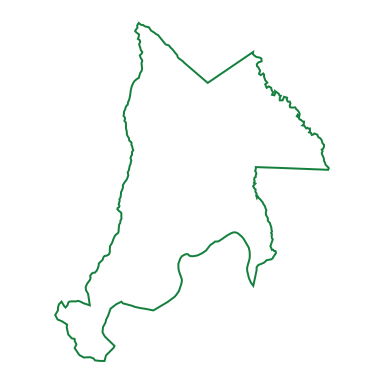 Barreiras do Piauí, Piauí, Brazil
{"feature_id": "56859067B34709570800353", "entity_name": "Barreiras do Piauí", "entity_type": "district", "adm_level": 2, "iso_a3": "BRA", "parent_name": "Brazil", "parent_adm1": "Piauí", "projection": "natural_earth1", "projection_center": [-45.701, -10.026], "detail": "fine", "context": "isolated", "style": "outline", "palette": "green", "viewbox_px": 384, "rotation_deg": 0, "n_neighbors": 0, "source": "geoboundaries", "source_scale": "gbopen_adm2", "svg_char_len": 5035}
<svg xmlns="http://www.w3.org/2000/svg" viewBox="0 0 384 384"><path d="M183.2,255.5L184.3,254.8L186.1,254.1L188.0,254.3L189.5,255.8L191.5,256.2L193.3,256.2L195.0,255.9L197.2,255.5L199.5,254.5L202.1,253.2L206.0,250.6L210.0,245.4L211.0,244.5L213.8,242.7L215.0,241.6L217.2,241.5L218.7,241.2L222.7,238.6L226.9,235.6L231.0,233.3L233.3,232.4L235.8,232.4L238.0,233.4L241.9,236.7L243.8,239.1L248.8,247.7L249.6,251.3L249.8,255.0L249.7,257.7L249.1,260.7L248.1,263.8L247.1,267.9L247.2,270.9L248.9,278.0L250.9,282.6L253.3,285.8L256.6,270.2L256.6,267.3L257.5,266.0L258.4,264.9L260.7,264.1L263.7,262.8L265.2,261.7L266.4,260.3L268.5,259.8L271.1,259.4L272.5,258.5L273.3,257.0L274.4,255.4L276.0,253.0L275.5,251.1L274.2,251.0L273.2,249.7L271.9,249.9L271.4,248.4L270.4,246.2L272.1,241.3L272.8,239.4L271.9,238.2L271.6,235.9L272.0,234.5L271.1,232.9L272.0,231.6L271.6,230.2L271.4,228.4L271.2,226.9L270.3,224.6L269.9,222.9L268.7,221.8L267.8,220.7L267.9,218.3L267.0,216.7L266.0,214.9L265.8,212.2L266.4,210.3L265.7,208.8L264.8,205.9L263.6,204.4L262.7,202.4L261.8,201.3L260.1,199.2L259.1,198.4L257.8,196.5L257.0,197.9L256.2,195.6L256.6,193.6L255.4,191.7L255.6,189.4L254.3,188.4L253.1,186.1L254.2,184.9L255.4,183.5L253.9,182.8L254.7,181.3L254.1,179.5L254.6,177.6L255.7,177.1L255.7,175.3L256.4,173.9L255.9,172.0L255.1,170.9L255.8,169.1L255.8,167.1L279.6,167.9L328.1,169.8L328.8,168.1L327.0,166.1L325.6,164.8L325.0,162.7L324.2,161.4L323.7,157.9L322.8,156.1L321.7,153.2L322.6,151.3L321.7,149.6L323.3,148.6L324.0,146.4L324.0,144.8L322.6,143.4L321.9,141.0L321.3,139.5L320.3,138.3L318.3,137.1L317.3,134.7L315.9,134.1L314.4,133.5L313.3,134.5L311.8,135.0L310.9,132.8L309.1,132.4L310.0,131.1L309.9,128.5L308.5,128.7L307.5,127.8L306.2,128.4L304.3,125.7L302.5,125.4L303.8,124.2L304.0,121.6L302.6,121.5L300.9,119.8L299.5,119.4L299.1,118.1L298.2,117.2L296.8,116.2L297.7,114.7L299.2,116.4L299.7,114.0L299.0,112.2L297.8,110.5L296.3,109.2L295.2,107.4L293.8,107.5L291.2,107.5L290.0,107.2L289.7,105.4L290.5,103.7L289.8,101.7L287.9,101.7L286.7,99.6L287.1,97.7L284.1,96.8L283.5,98.3L282.6,100.3L279.8,100.3L279.7,98.0L280.8,95.8L279.4,95.4L278.8,93.8L275.1,91.1L275.2,93.2L274.4,95.3L272.0,94.8L273.1,92.4L271.5,89.8L271.2,87.8L268.8,86.4L266.7,87.8L265.2,84.3L267.3,82.6L265.2,80.2L264.0,76.5L264.1,74.6L263.3,73.5L260.8,75.1L259.0,73.9L260.1,70.7L258.3,67.2L257.1,66.3L256.8,64.3L258.2,62.5L261.6,61.3L261.4,58.6L260.1,57.7L258.1,57.3L256.4,57.0L254.3,55.5L252.9,54.0L253.1,52.0L211.1,80.6L207.7,82.9L184.3,62.8L182.8,61.2L178.6,58.2L177.6,56.9L177.2,55.2L174.5,52.0L172.8,49.7L170.5,47.5L168.9,45.4L165.6,44.4L158.1,35.1L156.1,34.1L154.7,32.9L151.1,30.6L148.9,27.3L146.2,26.7L144.7,26.2L143.0,25.0L141.0,24.8L138.7,23.0L137.9,24.3L137.2,25.5L137.4,27.8L135.9,29.7L135.1,31.0L136.3,32.4L139.0,34.4L138.7,37.0L137.9,38.9L139.7,40.1L140.2,41.9L139.1,44.4L140.4,47.9L140.7,50.0L142.3,52.0L141.6,53.8L139.8,55.3L140.9,58.4L141.8,59.4L142.3,61.0L141.5,63.3L142.1,68.5L141.6,70.9L140.2,73.0L139.5,75.3L138.9,77.8L136.9,79.0L134.6,80.9L133.3,82.9L131.9,85.9L131.3,88.2L130.7,90.6L130.5,92.8L129.8,97.1L129.1,99.9L128.0,102.3L127.7,104.7L126.6,105.6L125.7,107.1L125.3,109.1L124.0,111.7L124.0,113.6L123.5,115.8L124.9,117.6L125.0,119.3L124.4,120.9L125.9,122.6L125.9,124.3L126.0,126.0L126.0,128.2L126.9,132.3L126.8,134.2L127.8,136.5L129.0,138.2L129.2,140.5L131.5,142.5L131.4,144.8L132.2,146.5L132.5,148.1L133.2,150.4L132.1,151.7L132.0,153.2L132.0,154.9L131.2,156.0L130.5,158.1L131.3,160.5L130.8,162.2L130.6,163.9L129.8,165.5L128.9,170.0L127.7,172.6L128.3,175.2L127.7,177.2L126.5,179.9L125.2,181.5L123.8,183.6L122.9,185.2L122.9,187.7L122.0,190.3L121.0,192.3L120.9,194.4L120.7,196.3L120.4,197.7L119.4,199.2L119.7,200.9L119.1,202.7L118.7,204.4L119.5,205.9L118.9,207.4L117.7,207.9L117.4,209.3L119.1,211.1L120.3,211.9L121.4,213.2L121.3,216.3L121.5,218.7L120.4,220.7L120.3,222.8L119.3,224.3L118.9,226.6L118.7,229.1L118.6,231.4L118.1,233.0L116.4,234.2L114.9,235.8L113.7,238.4L113.0,240.2L112.2,242.6L110.0,246.3L109.8,249.8L109.8,252.2L109.1,254.2L107.3,255.4L104.3,256.2L103.4,257.3L102.6,259.8L98.8,263.5L98.6,265.9L97.8,268.4L96.8,270.5L95.0,272.6L93.0,272.8L91.7,273.6L90.1,276.0L90.6,277.9L89.9,280.0L88.5,281.9L87.1,283.8L85.7,286.9L85.9,290.0L88.1,293.9L89.8,305.3L82.9,303.0L81.5,302.1L79.3,301.2L78.1,300.9L75.8,301.4L73.3,301.4L71.6,301.3L69.0,301.8L68.1,303.0L67.7,304.9L65.6,307.5L64.4,306.4L61.5,301.6L58.8,304.5L58.1,307.2L57.9,310.5L55.2,315.0L57.6,319.5L62.0,321.3L67.1,324.6L66.7,327.1L68.2,334.4L71.8,338.4L74.6,338.9L74.8,341.3L76.4,344.2L74.7,348.2L79.3,355.0L83.8,357.5L90.2,357.2L93.4,358.4L95.1,360.4L99.8,360.9L104.5,361.0L106.0,355.4L113.7,347.7L114.5,345.9L104.9,336.6L102.5,332.4L103.0,327.1L105.4,322.8L106.1,319.6L108.1,315.7L110.5,308.7L116.3,304.2L121.4,301.7L122.8,303.3L132.5,305.9L134.2,306.7L140.9,308.2L144.1,308.6L153.4,310.4L167.6,302.0L174.6,296.8L176.9,294.1L179.0,290.9L181.4,283.7L181.9,280.8L181.7,278.9L179.3,272.2L178.7,269.9L178.4,267.6L178.4,265.6L178.4,263.7L180.3,258.5L181.9,256.2L183.2,255.5Z" fill="none" stroke="#15803d" stroke-width="2"/></svg>